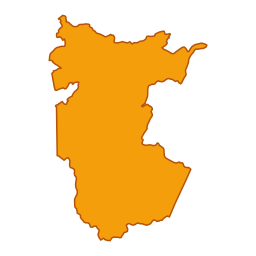 the district of Barreirinha, Amazonas, Brazil
{"feature_id": "56859067B80931360184999", "entity_name": "Barreirinha", "entity_type": "district", "adm_level": 2, "iso_a3": "BRA", "parent_name": "Brazil", "parent_adm1": "Amazonas", "projection": "albers", "projection_center": [-57.163, -3.133], "detail": "fine", "context": "isolated", "style": "filled", "palette": "amber", "viewbox_px": 256, "rotation_deg": 0, "n_neighbors": 0, "source": "geoboundaries", "source_scale": "gbopen_adm2", "svg_char_len": 5603}
<svg xmlns="http://www.w3.org/2000/svg" viewBox="0 0 256 256"><path d="M190.8,169.3L189.8,168.3L188.4,167.5L187.1,167.5L185.0,167.2L183.9,166.0L183.6,165.5L183.2,164.0L182.2,162.8L180.3,162.9L179.9,162.4L179.1,162.0L176.5,163.0L174.9,162.8L172.8,161.9L166.0,158.2L164.4,156.2L164.2,153.7L163.9,152.1L164.0,151.0L163.9,149.5L163.6,148.8L163.2,148.1L162.7,147.6L160.3,145.9L159.6,145.5L159.1,144.8L158.5,143.5L158.0,143.1L157.3,143.1L156.1,144.7L155.5,145.2L154.9,145.4L153.4,145.6L151.5,145.1L150.3,144.9L149.0,144.9L146.1,145.3L144.3,145.0L142.9,144.4L142.1,143.6L142.2,142.2L143.1,140.1L142.9,139.5L141.7,138.6L141.7,137.9L141.8,137.2L143.8,133.6L147.1,128.8L147.0,128.1L147.0,127.2L147.3,125.6L147.6,124.6L148.4,122.8L148.8,122.1L150.1,119.0L152.0,116.2L152.3,115.3L152.2,114.0L151.9,113.2L151.4,112.5L151.1,111.7L151.3,111.1L152.0,109.9L152.3,109.3L152.2,108.6L151.9,107.6L150.9,106.6L149.3,105.9L147.6,104.4L146.5,104.5L142.9,106.6L142.0,106.6L141.8,105.8L143.2,104.6L145.2,103.3L145.2,102.5L146.4,99.6L147.4,96.6L147.7,94.6L147.7,89.5L148.3,86.3L149.8,85.2L151.8,84.3L153.4,84.3L155.0,83.8L156.3,81.9L158.2,80.9L161.0,81.7L162.3,81.7L164.0,81.1L166.8,79.0L168.6,78.5L170.0,79.0L172.3,79.3L173.4,80.2L175.4,81.4L177.1,80.9L178.0,81.1L178.8,82.7L180.7,83.8L181.6,82.9L184.1,77.9L186.0,75.1L186.0,74.0L185.6,71.8L185.5,70.1L186.7,67.4L188.4,62.6L188.8,59.2L190.7,55.5L193.6,52.0L194.5,50.3L195.3,49.3L198.0,49.1L200.0,48.8L201.4,48.5L203.2,48.4L204.0,48.1L205.1,47.5L205.9,47.1L206.3,46.5L206.7,45.8L206.7,45.0L205.8,44.4L202.5,43.3L200.5,43.3L198.5,43.9L195.9,44.4L194.6,44.9L192.9,46.0L191.8,46.9L190.6,48.5L188.7,51.4L187.9,51.6L187.2,50.9L186.3,49.1L184.6,47.2L183.8,47.1L182.5,47.3L180.1,48.8L175.6,52.1L174.1,53.4L173.2,53.7L172.1,53.6L169.7,52.4L168.5,51.5L163.1,48.9L162.1,47.7L163.0,47.2L163.5,46.6L164.2,46.1L165.0,45.8L165.6,45.3L166.1,44.7L166.7,44.3L166.9,43.6L167.2,42.7L166.4,41.8L166.8,40.8L166.9,39.7L167.4,39.3L167.8,38.9L168.0,38.2L168.6,37.8L169.2,37.8L169.1,37.0L168.8,36.4L169.9,35.2L170.3,34.2L169.6,33.6L169.0,33.9L167.4,34.2L165.3,34.3L164.8,33.6L164.3,31.5L163.7,31.2L162.7,31.3L159.6,32.0L155.6,33.8L155.0,34.4L154.9,35.3L154.4,36.0L153.3,36.2L151.0,36.4L147.7,36.2L146.8,36.5L146.4,37.4L146.1,38.4L145.7,39.0L145.0,39.7L143.7,40.5L142.9,40.9L140.0,41.3L137.5,42.6L136.6,42.8L134.6,42.6L133.6,42.9L133.0,43.3L132.4,43.9L131.4,43.5L130.9,42.8L130.2,42.0L129.4,41.9L128.6,42.5L127.7,42.8L126.9,42.8L125.0,42.3L124.3,42.3L123.5,42.0L122.8,41.6L122.1,41.7L120.1,42.4L119.3,42.5L118.3,42.8L117.4,42.9L116.2,42.8L114.5,42.5L113.9,41.9L113.9,41.1L114.4,40.4L114.6,37.4L114.2,36.8L113.4,35.3L111.6,35.2L110.7,34.4L109.7,34.9L109.1,35.4L105.7,36.8L104.6,36.6L103.9,36.0L100.9,34.5L99.4,33.9L98.5,33.6L97.8,33.5L96.7,33.2L96.1,32.7L95.0,31.2L94.5,30.9L93.2,30.3L92.9,29.8L92.4,28.4L91.9,27.9L90.0,27.0L89.5,26.2L89.7,25.2L89.4,24.6L88.6,24.2L87.7,24.1L85.4,23.9L83.8,24.3L79.8,24.5L79.1,24.8L77.3,26.3L76.5,26.5L75.3,26.6L73.9,26.6L72.3,25.8L69.3,23.2L68.9,22.6L67.6,22.1L66.7,22.0L66.1,21.6L66.4,21.1L66.4,20.2L65.8,18.8L65.9,18.1L65.9,17.2L65.5,16.5L64.9,16.0L62.7,15.4L58.5,18.7L59.1,19.5L60.0,19.4L60.5,19.8L60.8,20.4L60.9,21.5L60.2,22.2L61.8,24.9L62.2,25.9L62.1,26.6L61.7,27.2L60.6,27.8L60.1,28.3L58.7,30.0L58.5,30.7L58.7,32.0L58.4,32.7L57.8,33.1L56.8,33.4L56.5,34.6L56.7,36.4L57.0,37.2L58.0,37.5L58.7,37.3L59.2,36.9L59.9,36.9L61.0,37.6L62.0,38.8L62.4,39.7L62.8,40.2L63.6,39.8L64.1,39.1L64.6,39.5L64.9,40.2L65.3,44.1L65.0,45.0L64.9,46.1L64.1,46.4L62.5,46.3L61.0,46.4L57.9,47.4L57.2,47.4L56.0,48.1L55.0,48.9L53.4,50.8L51.4,52.6L50.2,54.0L49.6,57.0L49.3,60.4L50.6,60.3L51.8,60.7L52.5,61.0L53.0,61.7L52.9,62.3L53.5,62.8L54.1,63.1L55.6,64.4L57.5,65.4L59.1,66.6L60.5,67.4L61.0,68.1L60.4,68.3L58.7,68.5L57.2,69.3L56.8,69.8L56.0,70.2L54.5,70.7L53.5,70.9L53.5,71.7L53.2,72.2L51.9,73.5L54.1,86.1L55.1,90.0L56.0,90.3L56.9,90.2L59.4,89.0L62.0,88.2L63.3,87.9L64.2,88.5L65.0,88.9L65.9,88.6L66.6,87.9L67.2,86.9L67.8,86.2L69.1,83.4L69.8,82.9L71.4,82.6L72.0,82.7L72.4,83.3L72.4,84.1L73.2,84.1L74.1,82.8L74.8,82.5L76.7,82.1L78.4,82.1L78.7,82.6L78.5,83.2L78.4,84.0L78.1,85.1L78.4,86.8L78.2,87.7L77.3,89.4L74.5,91.8L74.1,92.6L73.4,93.2L73.0,94.2L72.4,95.1L72.2,96.0L71.3,96.6L69.7,97.3L68.0,98.6L67.4,99.3L67.2,99.9L67.8,100.4L68.2,101.0L67.5,101.5L66.6,103.5L66.1,104.3L65.2,104.3L64.3,103.9L63.3,103.1L62.4,101.6L61.0,102.2L59.5,103.5L58.9,103.6L58.4,104.1L58.0,104.8L56.5,105.0L55.8,105.5L55.6,106.4L56.4,106.9L56.5,107.5L57.2,155.6L58.7,156.1L64.1,160.2L65.9,158.6L68.0,157.7L69.3,159.3L70.0,161.7L69.6,163.5L69.7,166.0L70.4,167.5L72.2,168.1L74.2,169.3L74.6,171.5L74.3,173.2L74.7,175.4L76.1,177.0L76.4,179.4L76.1,180.6L75.6,184.2L75.7,186.1L76.1,188.2L76.8,189.6L77.3,191.3L77.1,194.1L75.3,197.6L74.6,199.5L74.6,201.6L74.7,204.1L74.9,206.9L76.5,208.9L77.1,211.4L77.3,213.2L79.3,214.3L80.5,215.3L80.4,217.0L81.2,218.7L82.9,220.5L84.0,222.1L85.9,222.9L87.8,222.8L89.4,223.9L90.5,227.0L92.7,227.2L94.0,226.2L96.3,226.2L97.3,228.2L99.0,229.9L98.9,231.9L98.2,233.6L98.1,235.3L99.3,238.0L100.8,240.0L103.6,238.3L104.9,239.6L107.3,240.4L110.2,240.6L111.0,239.2L112.2,237.7L113.9,237.1L118.0,237.3L119.6,237.7L121.2,237.5L122.0,235.8L123.1,234.4L124.1,232.5L125.9,232.1L127.4,231.3L127.7,229.2L126.3,225.2L127.9,223.8L129.7,223.7L131.1,224.6L133.2,225.1L135.2,224.5L136.6,223.4L138.3,223.1L139.8,223.7L142.3,223.8L144.8,224.7L146.8,225.2L150.1,224.0L151.4,222.6L152.5,221.0L153.7,219.9L155.3,220.3L156.9,221.4L158.8,221.1L160.4,220.3L162.3,220.1L163.2,218.9L164.4,217.8L166.1,216.6L167.7,216.1L169.4,216.9L175.0,203.6L186.0,180.0L190.8,169.3Z" fill="#f59e0b" stroke="#b45309" stroke-width="1.5"/></svg>